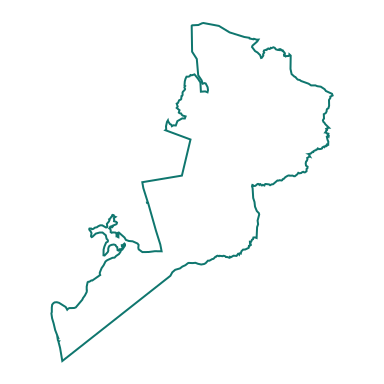 the district of Turbana, Bolívar, Colombia
{"feature_id": "7082276B59918479254924", "entity_name": "Turbana", "entity_type": "district", "adm_level": 2, "iso_a3": "COL", "parent_name": "Colombia", "parent_adm1": "Bolívar", "projection": "albers", "projection_center": [-75.462, 10.204], "detail": "fine", "context": "isolated", "style": "outline", "palette": "teal", "viewbox_px": 384, "rotation_deg": 0, "n_neighbors": 0, "source": "geoboundaries", "source_scale": "gbopen_adm2", "svg_char_len": 5960}
<svg xmlns="http://www.w3.org/2000/svg" viewBox="0 0 384 384"><path d="M332.0,93.8L325.9,91.0L324.6,89.2L320.8,86.7L317.3,86.2L315.4,85.4L311.1,85.4L308.6,83.7L301.1,81.0L299.7,80.0L297.8,79.6L296.8,78.7L295.4,77.0L294.5,76.7L291.6,74.1L290.5,69.0L290.7,55.6L289.4,54.4L289.3,55.7L288.5,56.0L286.1,56.1L285.7,56.4L285.1,55.7L284.6,56.0L284.1,55.8L284.0,54.5L284.8,54.1L284.9,53.3L282.8,50.5L282.4,50.9L280.6,49.2L279.5,49.2L279.6,50.1L277.6,49.9L275.8,49.3L274.7,47.8L273.4,47.3L271.5,48.1L270.7,47.9L270.5,48.5L269.6,49.0L268.3,48.5L268.1,48.9L266.9,49.3L266.6,49.9L266.2,49.7L264.0,50.5L263.6,51.7L264.2,52.6L263.1,54.2L263.3,55.6L261.8,57.8L261.1,58.0L260.2,55.2L257.5,52.5L255.1,51.1L252.0,47.0L252.5,45.6L257.3,41.4L258.4,39.6L256.7,39.7L253.9,38.8L253.4,39.3L249.6,38.5L249.4,37.8L244.3,37.0L229.6,32.4L218.9,25.9L203.4,23.0L202.0,23.3L198.4,25.0L192.2,25.3L191.7,25.8L192.1,51.7L196.8,59.0L198.2,75.2L201.6,80.3L202.7,83.7L204.6,83.1L205.7,83.5L207.6,87.2L208.0,90.1L207.5,92.3L205.2,91.4L200.9,91.7L200.4,82.5L197.9,78.6L194.5,74.4L191.7,75.3L190.5,75.0L189.6,76.3L188.0,76.7L186.5,76.7L185.5,78.8L184.8,81.4L184.5,85.4L185.2,86.0L184.5,86.9L184.4,87.5L185.1,89.0L185.0,89.5L182.8,91.9L182.5,92.9L182.6,94.9L182.0,96.0L181.5,96.1L181.2,99.0L180.7,99.6L179.1,100.3L178.0,102.9L176.7,103.6L177.7,106.6L176.7,107.9L179.5,110.2L178.8,112.6L179.6,113.2L181.1,113.5L181.8,114.8L182.8,115.6L185.6,116.4L184.8,118.5L182.2,118.4L177.4,121.1L175.8,125.5L173.4,125.3L171.9,126.2L171.3,124.7L170.0,124.1L168.1,121.3L167.9,120.4L167.0,121.9L166.0,126.3L166.2,129.6L165.4,130.2L190.5,139.5L181.9,175.6L142.3,182.2L143.3,188.0L147.8,202.3L147.0,202.5L147.2,203.0L148.1,202.9L156.0,230.8L160.3,244.5L161.6,251.3L154.8,251.2L148.7,252.0L142.4,252.1L138.7,249.4L138.3,247.8L138.6,244.9L137.5,243.5L132.6,241.3L128.9,241.0L125.9,239.9L124.5,237.5L118.8,232.5L117.7,232.9L118.4,234.8L118.4,237.3L118.1,237.2L117.9,235.9L117.1,236.4L115.6,236.4L116.2,236.3L116.8,235.5L116.1,233.0L115.6,232.6L114.3,232.5L112.6,232.4L111.8,232.8L110.7,232.2L110.7,230.2L110.1,228.9L109.3,228.4L110.3,226.7L110.8,226.5L110.8,227.4L112.1,227.3L113.0,226.2L112.9,225.6L116.0,224.4L116.7,223.8L117.0,222.6L116.1,221.8L114.0,221.2L114.2,219.8L113.8,218.1L115.5,216.9L114.2,216.4L113.7,215.2L112.7,214.9L112.1,215.3L112.1,216.3L111.1,217.1L110.0,218.8L109.1,219.3L109.5,220.1L108.9,221.5L106.9,223.9L107.3,226.5L107.0,227.3L106.0,227.5L102.2,225.3L100.3,225.3L98.3,226.2L97.0,227.2L94.8,227.7L93.5,228.8L92.0,229.2L91.2,228.5L89.5,228.5L89.2,229.1L89.7,230.4L90.5,231.1L91.5,233.1L91.0,236.2L91.6,237.1L92.4,236.8L95.8,233.6L99.8,232.5L102.5,232.5L105.8,235.3L106.6,238.8L107.5,239.6L108.0,240.9L107.7,241.7L106.1,242.6L104.4,246.6L103.6,249.6L103.5,255.3L104.6,255.5L107.7,252.2L108.3,250.7L108.2,249.0L108.6,247.3L109.5,245.8L111.4,244.9L113.8,244.5L115.4,245.0L116.3,246.5L117.2,247.1L117.6,250.2L118.6,250.6L119.7,249.2L121.0,249.2L122.2,248.5L122.9,247.0L122.8,246.3L121.9,246.2L121.8,245.2L122.7,245.2L124.4,243.6L125.0,244.3L125.0,245.6L122.4,249.5L120.8,250.6L120.5,251.8L119.0,254.0L116.1,256.0L114.6,257.6L112.5,257.8L107.2,260.2L105.5,261.5L103.6,265.3L101.6,268.1L99.8,272.6L99.8,274.1L100.2,275.0L92.3,280.5L91.4,280.4L89.4,281.7L88.2,281.8L87.6,282.3L86.7,286.6L86.7,289.9L86.9,290.1L86.7,292.0L84.9,295.5L83.0,298.1L82.3,299.7L75.8,307.4L74.1,308.0L69.3,308.1L68.0,308.8L67.2,309.7L65.7,307.0L59.0,302.8L56.8,302.2L54.6,302.4L53.5,303.1L52.2,304.6L51.8,307.5L51.8,312.1L51.4,313.4L52.1,318.3L53.6,323.3L55.2,330.1L58.0,337.4L57.4,337.1L57.9,340.2L58.4,341.1L59.0,341.2L58.5,341.8L60.1,348.0L62.3,361.0L170.4,275.8L172.3,272.3L175.2,269.8L180.0,268.4L182.3,266.6L185.4,265.2L187.9,263.2L188.8,262.9L192.6,263.1L195.4,262.8L198.0,263.8L201.2,264.5L204.1,264.0L205.6,263.2L207.9,260.7L209.4,260.7L212.2,259.1L213.5,258.8L215.3,256.9L216.2,256.7L216.5,256.1L217.7,255.7L219.0,256.2L219.5,255.8L222.7,256.2L223.3,255.8L224.2,255.9L225.6,256.5L225.9,257.0L227.6,257.1L229.4,257.8L229.9,257.6L230.0,256.8L231.1,257.1L233.5,255.7L236.6,255.9L237.5,254.6L238.2,254.4L238.2,253.9L238.9,253.9L239.2,254.3L239.4,253.4L240.3,253.2L240.8,253.5L241.4,251.3L243.1,249.6L245.2,249.5L248.6,247.9L248.9,246.1L249.4,246.3L250.0,245.2L250.8,245.0L250.8,244.2L250.0,243.7L249.9,241.7L251.1,241.8L252.0,239.7L253.0,239.2L253.4,237.5L255.0,237.4L256.6,238.0L257.1,227.1L258.1,224.3L257.6,220.6L259.2,214.5L258.9,213.2L256.8,211.0L255.0,206.6L254.5,202.0L253.2,198.0L252.6,188.1L252.0,186.2L252.4,184.9L252.8,185.0L252.9,185.9L253.8,186.0L255.4,185.8L257.4,184.1L258.1,183.9L258.7,184.1L259.3,184.8L259.8,184.2L260.4,184.1L261.5,185.4L262.4,185.3L262.8,184.9L264.4,185.5L264.8,184.4L265.6,184.0L269.1,184.4L270.1,185.2L271.6,184.4L273.1,184.2L277.4,180.5L278.6,180.6L279.6,180.2L281.5,180.5L282.2,180.2L282.7,179.2L283.7,178.9L285.3,177.2L287.6,175.8L289.0,175.4L289.7,175.7L292.6,175.6L293.9,176.2L294.9,176.2L297.4,174.2L298.3,172.8L299.5,173.3L301.2,173.0L302.0,172.3L303.2,171.8L304.0,172.3L304.9,172.4L306.5,171.3L306.6,168.9L307.4,168.2L307.6,166.7L306.0,165.6L305.7,163.3L306.1,161.5L306.8,160.9L307.4,159.4L307.2,157.9L308.9,157.0L309.3,156.1L309.9,156.4L309.2,155.1L309.4,154.7L309.3,154.3L308.6,154.0L310.7,153.6L312.0,152.3L313.2,152.1L313.2,151.5L314.5,150.6L315.9,150.2L316.4,149.5L317.6,149.3L317.8,148.5L319.6,149.1L321.0,148.9L322.1,148.4L322.3,147.5L323.4,146.8L324.1,146.5L324.4,146.9L324.7,146.4L325.6,146.4L325.8,145.9L326.3,146.1L327.0,145.6L326.7,145.1L327.1,144.3L328.2,144.6L328.3,141.5L327.6,140.0L326.8,136.7L327.7,136.0L328.6,136.7L328.8,135.7L328.4,134.9L327.8,134.8L327.5,134.1L328.0,133.6L326.4,133.1L326.1,132.4L325.3,132.4L326.0,131.4L326.6,129.1L326.4,128.8L326.8,128.7L327.2,129.2L327.5,127.9L329.0,127.8L325.3,124.2L324.3,122.6L323.5,122.0L322.9,120.5L323.2,119.6L324.0,118.6L323.8,114.2L325.7,113.1L326.6,111.5L326.7,109.9L327.2,108.9L328.4,108.3L329.1,105.8L329.0,100.0L330.4,97.8L330.3,96.6L332.6,95.5L332.0,93.8Z" fill="none" stroke="#0f766e" stroke-width="2"/></svg>